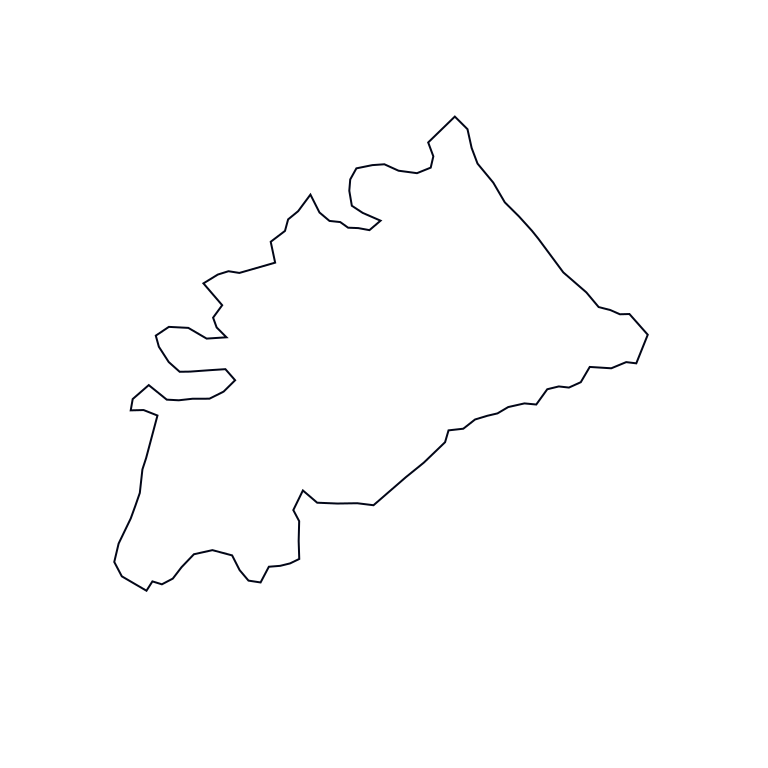 Anahy, Paraná, Brazil, rotated 200°
{"feature_id": "56859067B93303165514220", "entity_name": "Anahy", "entity_type": "district", "adm_level": 2, "iso_a3": "BRA", "parent_name": "Brazil", "parent_adm1": "Paraná", "projection": "robinson", "projection_center": [-53.136, -24.641], "detail": "fine", "context": "isolated", "style": "outline", "palette": "ink", "viewbox_px": 768, "rotation_deg": 200, "n_neighbors": 0, "source": "geoboundaries", "source_scale": "gbopen_adm2", "svg_char_len": 1618}
<svg xmlns="http://www.w3.org/2000/svg" viewBox="0 0 768 768"><g transform="rotate(200 384 384)"><path d="M613.0,272.6L601.0,277.3L586.1,276.9L582.2,233.1L581.8,221.1L576.2,198.1L576.0,184.4L576.0,171.0L578.8,143.3L576.6,124.5L564.6,113.6L536.5,108.5L534.1,119.3L524.2,119.8L515.9,128.9L511.6,142.6L504.4,159.0L488.4,169.2L468.1,171.0L456.0,159.7L444.1,152.9L432.1,155.3L429.7,172.9L419.4,177.6L410.9,183.3L403.8,190.6L410.5,207.3L416.8,226.1L426.1,234.5L423.8,256.2L406.2,249.6L387.0,255.7L368.4,262.8L352.4,266.5L331.6,303.9L319.7,323.7L306.7,350.2L307.5,362.5L294.2,369.1L286.3,381.8L276.0,389.5L267.3,395.2L259.4,404.8L245.4,413.8L233.9,416.8L228.8,434.9L218.9,441.5L209.0,443.9L199.7,453.0L196.5,470.4L175.8,476.5L163.9,487.4L154.0,489.7L153.0,520.5L177.3,533.7L186.2,530.2L196.7,530.9L208.6,529.7L225.2,539.3L253.7,550.2L288.5,573.2L297.4,578.6L314.4,587.6L332.6,596.0L350.2,610.6L371.5,623.1L382.4,635.8L392.7,652.0L408.9,659.5L425.1,626.1L415.5,614.8L414.1,603.3L425.1,593.4L443.3,589.4L458.8,590.6L469.8,585.7L483.7,577.2L485.7,564.7L482.7,553.7L475.2,540.5L462.5,537.5L443.1,536.3L450.3,523.6L461.5,521.7L471.2,518.6L480.5,521.2L491.0,518.6L503.3,523.1L517.9,536.8L523.8,517.0L530.4,505.9L529.4,494.0L539.1,478.9L527.8,460.8L557.9,438.9L568.7,436.8L577.6,430.0L588.1,416.8L563.0,402.7L567.3,387.9L560.6,379.9L548.0,374.0L566.2,366.0L587.1,369.8L605.7,364.1L615.0,351.4L608.3,342.0L593.8,331.0L580.2,325.6L570.5,329.3L553.1,337.1L538.1,343.7L525.2,336.6L532.1,322.0L543.0,310.5L559.0,304.6L571.3,298.5L582.8,295.0L604.7,302.5L615.0,283.9L613.0,272.6Z" fill="none" stroke="#020617" stroke-width="2"/></g></svg>